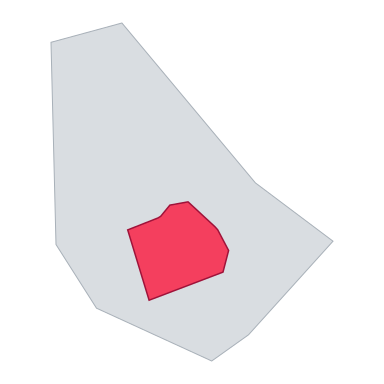 Saint George on a map of Barbados (Mercator projection)
{"feature_id": "BRB-1991", "entity_name": "Saint George", "entity_type": "Parish", "adm_level": 1, "iso_a3": "BRB", "parent_name": "Barbados", "parent_adm1": "", "projection": "mercator", "projection_center": [-59.543, 13.145], "detail": "fine", "context": "in_parent", "style": "filled", "palette": "rose", "viewbox_px": 384, "rotation_deg": 0, "n_neighbors": 0, "source": "natural_earth", "source_scale": "10m", "svg_char_len": 441}
<svg xmlns="http://www.w3.org/2000/svg" viewBox="0 0 384 384"><path d="M248.5,334.8L211.7,361.0L96.5,308.2L56.0,244.5L51.0,42.3L121.9,23.0L255.4,182.9L333.0,241.2L248.5,334.8Z" fill="#d9dde1" stroke="#a8b0b8" stroke-width="1"/><path d="M188.1,201.9L215.1,226.9L217.7,229.8L228.6,250.5L223.0,272.1L149.1,300.2L127.7,229.9L158.1,217.9L160.7,216.3L169.9,205.1L187.2,202.0L188.1,201.9Z" fill="#f43f5e" stroke="#9f1239" stroke-width="1.5"/></svg>